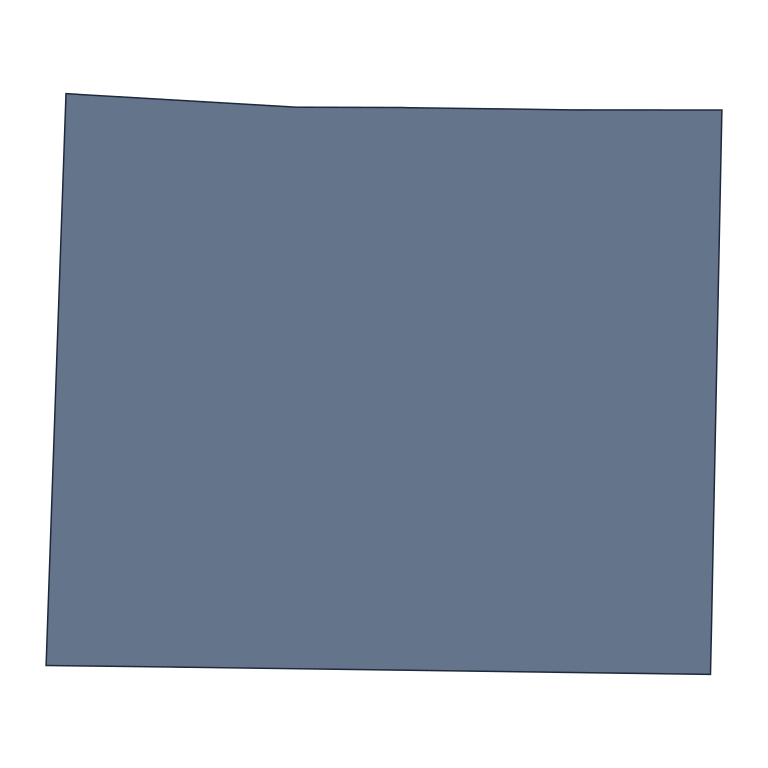 the district of Stokes, North Carolina, United States of America
{"feature_id": "52423323B34539030227097", "entity_name": "Stokes", "entity_type": "district", "adm_level": 2, "iso_a3": "USA", "parent_name": "United States of America", "parent_adm1": "North Carolina", "projection": "orthographic", "projection_center": [-80.2, 36.404], "detail": "fine", "context": "isolated", "style": "filled", "palette": "slate", "viewbox_px": 768, "rotation_deg": 0, "n_neighbors": 0, "source": "geoboundaries", "source_scale": "gbopen_adm2", "svg_char_len": 365}
<svg xmlns="http://www.w3.org/2000/svg" viewBox="0 0 768 768"><path d="M710.5,674.4L710.5,674.0L711.0,649.9L711.5,627.6L713.3,535.3L721.9,110.0L680.4,110.0L571.2,109.9L495.9,108.8L492.6,108.8L407.1,107.7L402.6,107.5L296.2,107.2L79.5,94.5L77.9,94.3L66.0,93.6L46.1,665.5L170.7,667.0L175.7,667.1L710.5,674.4Z" fill="#64748b" stroke="#1e293b" stroke-width="1.5"/></svg>